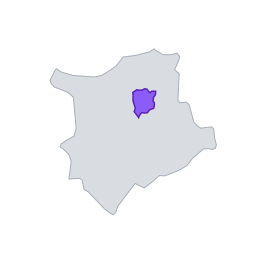 location of Klina within Kosovo, rotated 109°
{"feature_id": "KOS-5888", "entity_name": "Klina", "entity_type": "District", "adm_level": 1, "iso_a3": "XKX", "parent_name": "Kosovo", "parent_adm1": "", "projection": "natural_earth1", "projection_center": [20.583, 42.6], "detail": "fine", "context": "in_parent", "style": "filled", "palette": "violet", "viewbox_px": 256, "rotation_deg": 109, "n_neighbors": 0, "source": "natural_earth", "source_scale": "10m", "svg_char_len": 1363}
<svg xmlns="http://www.w3.org/2000/svg" viewBox="0 0 256 256"><g transform="rotate(109 128 128)"><path d="M73.0,93.6L85.5,89.8L87.3,87.1L84.5,81.4L86.1,77.8L101.1,67.5L103.6,62.8L104.5,59.1L102.5,55.3L99.7,49.2L101.0,46.6L108.8,43.1L115.1,39.0L118.8,38.7L121.1,41.7L121.1,44.7L123.2,49.8L127.9,52.6L135.6,57.1L144.6,60.2L151.6,66.3L161.2,77.4L162.7,82.8L171.4,87.7L179.4,93.2L178.2,103.3L205.6,112.2L211.8,112.1L214.7,113.7L214.6,116.0L212.5,123.1L201.3,145.0L200.4,149.5L192.4,154.3L191.3,157.0L193.6,163.0L195.7,167.3L195.6,167.2L178.3,170.8L172.5,174.9L169.1,182.2L168.0,185.9L164.9,186.1L159.8,182.3L153.4,176.5L145.1,176.9L116.7,189.7L113.9,196.4L113.3,210.9L111.3,214.8L108.3,217.3L96.5,215.7L95.3,214.8L96.8,209.2L96.2,197.0L90.9,176.9L87.1,170.3L79.4,163.8L73.3,159.5L62.5,155.7L57.0,144.6L48.7,132.1L44.7,129.2L45.4,128.0L47.3,118.5L44.9,111.6L41.3,105.8L43.8,102.2L51.4,102.3L57.7,102.9L60.0,97.3L73.0,93.6Z" fill="#d9dde1" stroke="#a8b0b8" stroke-width="1"/><path d="M101.1,110.2L103.4,113.1L105.4,114.2L107.1,114.5L108.4,117.1L109.0,120.0L112.4,121.3L114.7,121.3L110.4,127.5L107.0,127.5L100.4,132.2L95.5,133.8L92.8,135.0L89.0,132.1L88.5,129.1L87.4,126.9L85.4,124.9L85.1,122.6L86.6,120.7L87.4,118.7L85.4,117.4L84.3,113.8L87.4,112.9L90.8,113.8L94.1,113.2L95.7,111.2L98.5,110.3L101.1,110.2Z" fill="#8b5cf6" stroke="#5b21b6" stroke-width="1.5"/></g></svg>